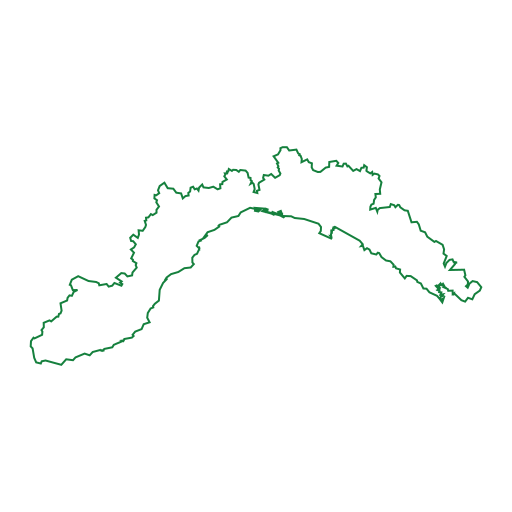 Liguria, La Spezia, Italy (orthographic projection)
{"feature_id": "23120603B90496191820000", "entity_name": "Liguria", "entity_type": "district", "adm_level": 2, "iso_a3": "ITA", "parent_name": "Italy", "parent_adm1": "La Spezia", "projection": "orthographic", "projection_center": [8.819, 44.226], "detail": "fine", "context": "isolated", "style": "outline", "palette": "green", "viewbox_px": 512, "rotation_deg": 0, "n_neighbors": 0, "source": "geoboundaries", "source_scale": "gbopen_adm2", "svg_char_len": 6084}
<svg xmlns="http://www.w3.org/2000/svg" viewBox="0 0 512 512"><path d="M69.5,295.4L67.6,297.8L67.1,300.5L60.5,303.3L61.6,310.7L60.5,313.4L59.0,313.9L58.3,316.7L56.6,316.7L51.2,321.4L49.5,320.4L43.7,322.8L43.8,327.3L41.5,330.1L42.4,331.6L42.1,334.8L34.5,338.4L33.5,337.7L31.0,341.1L30.7,346.4L32.6,348.4L34.2,357.8L36.2,362.4L40.8,363.5L41.7,361.3L45.5,360.5L61.3,364.8L66.2,359.3L73.0,360.2L75.5,357.4L84.6,353.6L89.7,355.3L92.7,352.0L99.8,350.1L101.5,350.7L101.5,350.4L102.0,350.7L103.5,350.6L104.4,350.2L103.1,350.6L102.7,350.4L104.4,348.9L112.3,347.3L113.8,344.8L122.8,341.0L124.1,341.5L122.3,340.6L123.8,340.4L124.3,339.0L131.9,337.6L133.6,336.0L132.6,334.8L135.2,331.6L141.6,329.1L143.7,324.2L149.6,322.3L147.2,317.7L147.8,313.0L150.6,308.5L153.3,307.4L153.0,306.1L154.8,303.8L158.9,300.6L159.7,289.8L163.1,282.9L166.8,279.1L167.1,278.4L166.4,279.3L165.5,279.3L166.6,277.5L171.1,274.1L178.3,272.0L184.4,268.2L190.7,267.5L193.8,264.1L192.4,262.5L192.3,257.7L194.5,254.9L197.0,253.8L199.4,248.7L199.3,247.9L199.0,246.5L199.1,248.3L196.7,245.8L198.5,241.5L200.6,240.7L200.0,240.1L204.5,238.0L207.8,235.1L204.4,236.6L207.6,232.2L214.4,229.9L219.2,226.6L218.6,225.7L219.5,224.8L227.0,222.3L231.5,217.6L238.4,216.0L240.7,212.4L250.1,207.8L254.7,208.8L255.2,210.1L258.7,210.2L258.9,209.0L255.6,208.3L255.3,207.9L263.1,208.5L264.2,209.9L264.0,208.6L265.5,208.6L267.3,209.3L266.5,210.0L268.4,209.8L263.1,210.8L271.7,213.1L272.3,212.2L273.1,213.1L273.0,212.2L279.5,214.7L279.9,213.4L278.4,211.9L280.8,210.9L281.3,212.3L279.9,212.7L281.4,213.2L281.6,214.1L280.5,214.0L281.0,214.5L282.1,214.1L282.1,215.4L281.3,215.2L282.1,215.5L281.3,215.2L282.6,216.0L291.2,216.3L294.7,218.0L304.2,219.0L318.5,223.7L321.0,227.0L320.8,231.0L319.3,233.2L332.0,238.9L330.6,237.8L331.4,237.1L330.5,236.0L331.2,236.1L330.9,234.1L331.8,233.1L332.0,231.0L331.3,231.4L331.3,230.4L333.4,230.0L333.1,228.7L333.8,228.6L333.9,228.3L334.7,228.3L335.0,228.0L333.9,227.2L334.8,226.8L359.7,240.7L362.7,244.2L361.1,246.1L362.9,245.8L364.4,250.1L367.0,248.2L369.5,249.6L371.3,253.3L376.3,254.5L377.8,252.7L379.2,253.1L381.5,257.1L386.0,260.5L390.4,261.3L393.6,264.7L393.4,266.8L395.3,266.5L396.0,268.3L400.1,269.5L399.9,272.5L404.8,278.4L406.6,275.9L410.7,276.1L417.0,280.4L417.3,281.9L420.9,283.5L423.4,288.5L426.5,288.7L429.4,292.3L437.0,295.8L439.7,298.9L440.9,296.6L443.1,295.9L442.1,295.3L443.0,294.3L440.4,294.7L441.3,292.4L439.2,292.1L439.5,291.1L437.9,290.2L439.4,289.7L439.5,289.1L437.8,289.5L438.3,288.6L435.8,285.9L436.6,285.5L437.6,287.5L438.5,286.6L439.8,287.7L439.7,288.4L439.7,288.9L439.8,287.7L438.2,285.7L439.9,285.2L439.1,284.9L440.2,283.8L440.4,285.5L440.9,283.9L441.9,285.1L443.0,283.8L444.1,285.7L443.6,286.2L444.9,287.1L444.1,287.4L447.8,289.1L448.2,290.8L452.6,290.6L452.7,294.1L454.1,293.2L454.0,294.3L454.9,294.0L461.4,300.2L465.1,301.6L468.0,297.8L472.3,299.3L474.7,294.2L479.8,290.6L481.3,287.2L477.1,282.1L472.6,281.1L469.5,283.6L467.7,287.7L466.0,286.2L467.8,284.5L468.0,281.5L464.4,276.8L465.4,275.3L464.1,269.7L449.9,270.0L454.9,264.2L454.6,263.3L457.0,262.5L453.6,261.9L452.5,259.4L449.5,259.9L446.4,263.0L445.0,266.6L443.7,263.5L446.7,256.0L443.5,253.6L444.1,249.4L442.6,244.8L436.0,241.0L434.4,241.9L427.3,236.7L425.1,232.3L420.7,230.7L418.8,224.4L416.9,221.8L411.5,222.3L407.8,210.8L404.5,210.3L400.3,207.3L399.2,205.1L397.9,204.8L395.4,207.2L394.2,205.2L390.8,204.1L389.8,207.0L379.8,208.1L377.7,209.8L377.3,211.7L375.8,207.9L370.2,209.6L370.4,206.7L371.4,204.6L373.6,203.7L374.1,199.9L375.8,197.4L375.4,194.0L380.2,193.8L379.8,189.5L381.5,182.3L378.6,178.5L379.5,176.0L377.9,174.4L374.4,173.6L372.6,174.9L372.2,172.0L370.3,173.4L367.2,171.5L366.4,170.8L366.9,167.2L364.2,165.2L363.7,167.6L361.4,167.8L360.0,171.1L356.5,169.1L353.2,170.9L348.5,165.8L347.4,166.4L345.9,163.6L343.7,163.7L342.5,166.5L336.6,165.7L338.3,163.0L336.3,160.8L329.3,162.0L329.1,166.9L325.7,167.6L320.4,171.9L317.8,172.0L313.1,170.1L311.7,167.4L311.9,163.3L308.8,162.2L307.2,159.4L301.5,162.2L301.8,159.0L300.6,155.8L299.3,155.3L299.7,154.2L298.2,153.4L296.4,149.6L289.2,150.5L286.9,147.2L282.6,147.2L280.4,148.2L280.5,150.2L278.0,154.4L273.6,156.3L278.3,162.8L277.0,163.5L278.4,166.2L277.7,167.5L279.0,168.7L278.7,170.6L280.4,173.5L279.7,175.2L275.1,177.8L271.2,174.0L268.4,175.7L263.8,175.0L263.1,177.9L264.3,179.6L259.1,182.7L258.4,184.4L259.5,189.9L256.9,190.8L257.3,193.0L253.6,192.0L254.7,189.1L253.7,184.0L252.4,182.7L250.6,183.8L251.8,181.1L250.6,180.2L250.5,177.9L248.6,177.6L247.6,172.9L245.6,170.6L240.3,170.0L238.8,171.8L236.3,170.0L233.1,169.8L231.9,170.9L228.8,169.0L228.3,171.3L226.1,171.5L227.6,172.0L227.2,173.4L224.9,173.4L225.4,174.4L224.3,176.3L226.8,179.5L222.5,181.9L222.3,184.1L220.1,184.3L220.4,188.3L217.6,189.3L213.3,186.7L208.8,188.0L203.5,187.4L202.2,184.5L199.1,187.6L198.5,190.6L196.9,188.5L194.7,189.3L193.1,186.7L190.6,187.7L190.1,191.5L188.3,192.9L188.6,195.5L185.4,196.1L182.8,198.4L181.1,193.4L176.3,192.7L173.3,188.7L167.7,188.2L164.4,182.7L159.7,186.0L158.0,190.3L159.2,193.2L156.2,195.3L154.6,194.9L154.4,198.4L157.0,200.2L156.3,202.3L159.0,206.5L156.5,209.8L156.5,212.7L152.7,215.1L150.9,214.1L148.4,217.4L146.0,217.7L146.3,220.4L144.7,220.9L146.0,224.9L145.3,227.1L142.7,230.8L138.6,230.3L139.0,234.5L137.8,237.9L133.3,234.7L130.2,237.8L131.1,241.0L133.2,241.2L135.8,244.3L134.1,247.4L130.9,249.5L134.0,252.7L131.2,258.4L132.9,259.7L132.8,261.0L136.4,263.2L135.7,265.1L136.7,267.6L132.5,272.5L132.1,275.4L127.4,276.4L124.7,273.5L121.3,273.1L115.9,277.7L121.6,281.4L120.1,282.6L122.3,284.1L121.4,285.7L114.4,283.0L112.2,285.7L108.7,286.6L106.6,284.0L99.3,285.3L98.8,283.3L96.2,282.0L88.5,281.0L78.2,276.2L71.8,279.7L69.8,284.8L71.0,285.3L72.8,290.1L77.5,290.0L73.7,291.9L71.9,295.8L69.5,295.4ZM443.7,298.2L442.1,299.2L439.9,299.2L442.3,302.4L443.7,298.2ZM279.5,215.0L272.4,213.5L279.6,215.3L282.0,216.4L282.0,216.5L283.6,217.3L283.7,217.2L279.5,215.0ZM271.5,213.6L262.3,211.0L262.2,211.1L271.5,213.6L273.3,214.5L273.3,214.4L271.5,213.6ZM258.4,211.5L261.1,209.0L260.7,209.1L260.3,209.3L258.4,211.4L254.0,210.6L258.4,211.5Z" fill="none" stroke="#15803d" stroke-width="2"/></svg>